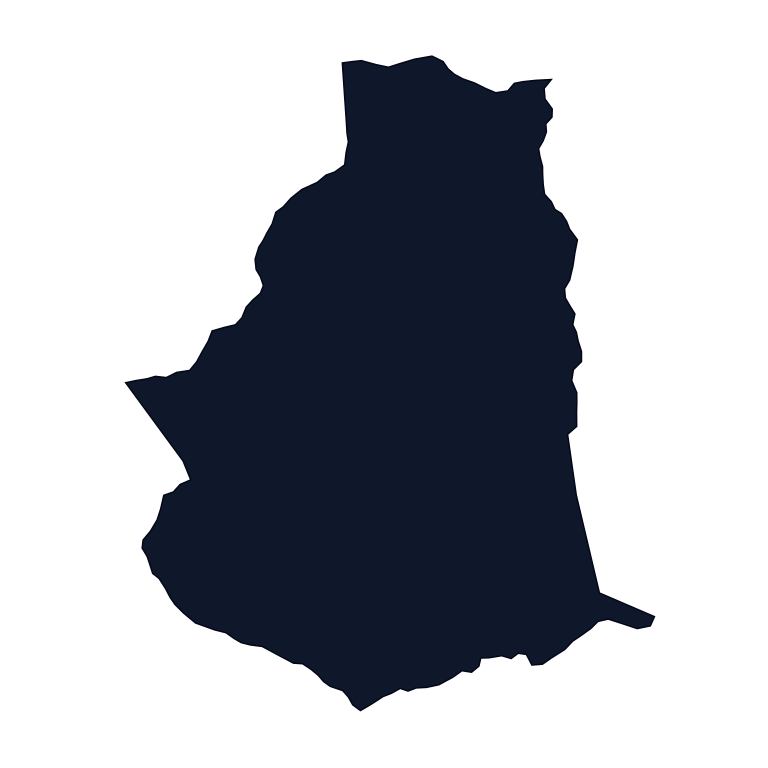 the district of Ararendá, Ceará, Brazil, rotated 87°
{"feature_id": "56859067B76169954985476", "entity_name": "Ararendá", "entity_type": "district", "adm_level": 2, "iso_a3": "BRA", "parent_name": "Brazil", "parent_adm1": "Ceará", "projection": "robinson", "projection_center": [-40.751, -4.776], "detail": "fine", "context": "isolated", "style": "filled", "palette": "ink", "viewbox_px": 768, "rotation_deg": 87, "n_neighbors": 0, "source": "geoboundaries", "source_scale": "gbopen_adm2", "svg_char_len": 2141}
<svg xmlns="http://www.w3.org/2000/svg" viewBox="0 0 768 768"><g transform="rotate(87 384 384)"><path d="M708.9,424.6L702.5,412.4L696.1,401.4L693.3,392.9L688.8,383.7L691.9,376.1L689.2,367.8L689.2,357.4L687.2,344.9L680.3,330.4L674.4,321.2L676.4,311.6L670.7,304.0L662.7,301.7L662.9,293.4L661.5,280.7L664.8,271.3L659.9,264.1L661.5,256.0L672.4,251.0L672.1,240.4L666.3,231.1L658.7,217.5L650.7,209.1L646.1,201.4L638.9,190.1L632.3,182.8L630.5,172.4L635.6,159.0L641.5,143.9L639.5,130.7L630.5,126.1L604.0,179.8L505.1,197.8L443.9,203.3L436.4,193.8L422.7,193.2L412.4,192.4L402.7,192.0L390.4,196.4L379.6,194.1L372.0,185.6L361.9,185.1L351.1,187.9L342.4,189.2L334.7,192.4L324.0,189.7L315.6,194.3L307.6,198.4L298.3,198.7L290.0,193.2L276.3,189.2L263.0,186.5L250.2,183.3L239.0,190.6L231.1,193.2L223.1,197.8L218.6,204.2L210.7,207.4L203.0,213.7L193.0,214.6L182.6,214.6L175.1,214.3L165.0,216.4L157.0,217.3L149.4,212.3L140.7,208.6L132.7,208.8L126.3,202.3L118.2,201.6L107.8,208.3L97.2,208.6L88.7,201.0L88.7,216.4L89.4,229.6L90.6,238.1L97.8,245.0L99.0,257.2L94.2,267.1L88.0,278.1L83.4,289.4L78.3,297.7L72.7,303.5L65.1,308.1L59.1,318.9L61.2,336.2L64.7,350.7L67.9,362.9L64.7,375.1L59.9,389.6L60.4,399.1L61.2,408.8L118.2,407.9L131.5,407.8L140.4,406.9L150.8,409.7L163.1,411.8L169.8,422.3L172.3,430.9L179.2,440.1L185.4,455.8L193.5,467.1L201.9,475.4L206.8,483.0L218.3,487.3L227.2,493.1L234.4,497.2L240.7,501.8L252.7,506.2L263.0,505.7L270.4,501.8L279.4,499.3L287.0,502.7L293.4,510.8L300.0,517.5L310.4,522.4L317.1,529.3L319.2,540.7L322.0,552.8L332.2,557.4L342.7,564.2L351.9,569.8L360.3,577.4L361.6,590.5L366.2,601.1L364.4,611.9L366.4,620.2L367.6,631.5L369.2,641.9L450.3,588.7L469.6,582.0L473.6,592.8L480.8,600.0L483.6,609.7L497.2,613.6L507.9,617.7L518.7,624.9L527.1,632.7L535.2,634.1L543.9,629.5L551.6,627.4L561.1,624.9L566.4,618.8L576.8,612.9L586.0,608.7L593.2,604.3L602.4,596.0L612.8,584.7L617.2,574.2L620.8,565.6L624.1,554.8L630.3,547.0L634.8,540.1L637.6,531.1L639.7,519.4L650.4,501.8L658.0,489.1L659.1,479.9L665.2,471.7L671.6,464.8L678.0,459.9L683.1,453.5L688.0,441.3L694.7,436.0L702.8,432.0L708.9,424.6Z" fill="#0f172a" stroke="#020617" stroke-width="1.5"/></g></svg>